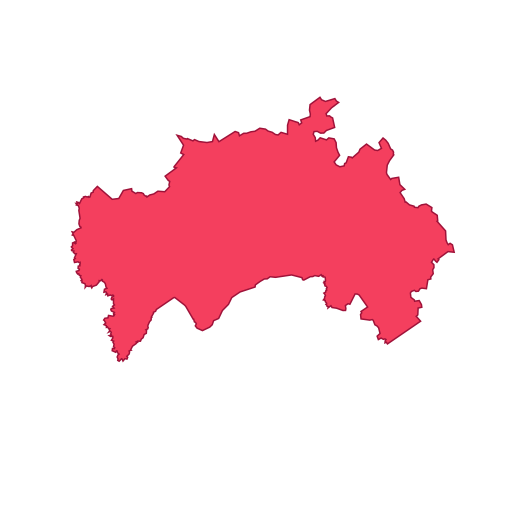 Embūtes pag., Vainodes, Latvia, rotated 146°
{"feature_id": "27541924B50643512275860", "entity_name": "Embūtes pag.", "entity_type": "district", "adm_level": 2, "iso_a3": "LVA", "parent_name": "Latvia", "parent_adm1": "Vainodes", "projection": "albers", "projection_center": [21.869, 56.513], "detail": "fine", "context": "isolated", "style": "filled", "palette": "rose", "viewbox_px": 512, "rotation_deg": 146, "n_neighbors": 0, "source": "geoboundaries", "source_scale": "gbopen_adm2", "svg_char_len": 6132}
<svg xmlns="http://www.w3.org/2000/svg" viewBox="0 0 512 512"><g transform="rotate(146 256 256)"><path d="M89.6,148.3L86.9,155.4L88.0,158.0L90.3,157.9L90.2,160.3L89.5,163.1L84.8,170.8L86.5,183.6L85.7,183.5L83.0,188.4L85.3,194.0L85.4,195.1L83.1,197.8L85.9,203.9L90.1,205.8L93.1,206.2L94.7,205.5L97.4,207.8L97.1,208.9L100.2,212.6L101.4,216.9L102.2,217.2L101.1,220.7L101.1,228.0L98.3,228.8L95.4,228.1L96.8,234.7L93.7,241.5L100.1,244.4L101.6,244.1L101.8,250.5L101.2,252.2L96.4,257.9L91.9,260.4L85.2,262.8L85.3,263.5L83.9,265.2L83.6,267.5L84.5,269.5L83.4,275.5L83.7,279.5L84.7,282.8L90.6,281.2L91.8,275.1L96.1,275.4L98.4,277.5L101.8,287.0L110.0,286.4L112.7,284.6L121.4,283.5L121.6,284.5L123.9,286.6L129.2,282.8L130.8,283.1L132.5,281.4L136.6,283.1L138.6,286.7L138.6,290.3L130.4,292.7L130.0,296.1L128.8,300.7L126.2,305.2L125.7,309.4L129.6,313.2L132.6,312.8L136.7,318.1L140.0,317.4L142.4,317.8L140.7,321.0L140.5,324.9L138.3,326.7L135.5,325.1L133.8,321.8L131.0,320.0L127.4,320.7L118.9,318.6L115.3,327.6L116.4,329.8L116.6,331.0L119.0,332.5L118.3,334.8L110.6,336.6L101.6,337.1L102.7,339.5L102.6,342.4L112.0,345.3L114.3,348.9L114.2,351.8L126.5,351.3L130.1,347.0L131.5,343.4L133.2,341.3L142.8,343.8L143.7,340.8L146.8,340.6L146.4,342.9L152.3,350.5L156.7,346.8L161.8,339.3L166.1,344.5L170.0,344.0L172.0,345.9L173.4,349.5L176.1,352.8L177.2,355.9L181.4,359.8L187.1,360.0L190.7,361.8L195.2,363.0L197.6,364.6L202.5,364.9L201.5,368.0L203.7,370.9L222.8,371.5L222.6,380.0L228.1,375.2L233.2,377.5L239.3,382.8L241.9,386.9L243.9,386.7L247.2,391.7L247.8,391.5L250.4,394.2L251.1,396.9L253.9,400.2L254.1,388.4L260.8,383.5L259.2,380.5L274.1,375.8L274.3,375.3L272.8,373.6L286.7,373.0L286.5,367.7L285.8,366.1L288.4,363.6L288.9,361.8L295.7,360.3L301.1,364.6L306.0,364.6L310.0,366.0L313.4,365.9L313.2,366.9L314.1,367.4L314.7,369.4L314.5,370.7L315.5,372.4L318.8,374.9L320.7,375.0L322.6,379.1L321.5,381.4L329.3,384.5L337.6,380.4L343.5,383.4L348.6,402.4L354.3,401.2L355.3,400.0L357.5,400.4L360.6,397.8L361.7,398.1L361.6,399.0L363.0,399.3L364.1,400.8L365.9,401.4L366.1,400.7L368.5,400.8L373.0,398.2L373.3,399.7L374.3,400.9L374.8,399.4L375.8,400.2L375.7,399.1L376.4,398.8L375.1,397.1L375.8,394.5L377.4,392.8L380.8,385.6L382.6,384.4L384.8,381.7L385.5,379.1L385.0,378.0L385.3,377.2L389.8,378.0L393.7,377.5L394.9,378.8L395.3,376.2L396.5,376.1L395.6,374.7L396.5,369.0L397.3,368.3L398.2,368.9L398.2,367.2L398.8,367.1L399.6,369.1L400.8,369.4L402.3,367.1L404.0,366.8L403.6,364.4L405.6,364.2L405.8,363.6L404.2,361.9L405.3,361.4L405.0,359.2L403.7,358.4L407.5,356.0L407.3,355.0L409.0,355.0L410.1,352.1L406.8,350.7L406.3,349.4L405.3,349.1L406.2,347.7L406.9,347.6L407.4,346.4L409.0,347.0L410.4,345.3L409.8,343.8L410.9,343.0L413.6,343.8L414.0,342.6L413.9,340.7L412.9,340.4L413.3,338.8L412.2,337.7L413.5,336.7L413.4,334.0L414.8,333.4L414.2,332.5L415.2,331.3L413.3,328.7L413.9,326.9L415.1,325.5L413.4,326.0L411.4,324.0L409.2,323.7L409.9,322.7L410.0,321.4L408.6,322.1L404.6,321.1L400.5,322.3L399.8,323.3L398.9,322.4L396.9,322.7L396.7,322.1L397.4,321.1L396.5,319.2L396.4,317.3L397.7,314.1L397.6,312.6L400.2,313.2L402.3,311.0L400.5,310.3L400.4,309.1L402.0,307.9L400.3,307.5L401.1,305.8L398.5,305.1L398.1,304.1L396.5,303.7L396.2,302.8L396.6,302.2L398.6,302.4L400.1,301.3L399.9,300.1L398.1,300.1L400.8,296.2L400.7,294.6L403.1,294.5L402.8,292.2L405.4,293.4L406.4,292.7L406.6,291.2L404.9,288.4L406.5,287.8L406.6,287.2L406.1,286.7L407.0,286.5L407.0,285.9L408.2,286.0L411.5,289.2L413.3,287.5L416.1,288.9L418.1,288.1L417.8,287.2L418.1,284.5L420.4,284.1L419.0,282.0L419.9,280.5L418.8,280.3L418.8,278.3L417.8,277.5L418.8,277.1L419.0,275.8L420.5,275.3L418.9,275.0L418.6,273.7L420.0,272.6L420.1,271.4L422.2,272.1L421.5,270.5L419.7,269.4L420.5,268.1L423.0,267.0L421.6,265.0L422.8,264.5L423.0,262.2L424.8,260.5L424.4,258.9L425.3,258.4L426.7,259.6L428.2,257.9L426.2,254.7L424.7,255.4L424.2,254.9L424.9,253.3L424.4,251.3L425.7,251.2L427.6,249.9L427.9,247.8L429.0,246.8L428.3,245.3L424.9,246.0L424.6,245.4L425.0,243.3L422.1,244.2L420.6,242.7L419.0,243.8L419.2,245.1L416.2,245.6L414.9,246.6L414.3,248.2L412.2,247.7L412.4,248.3L408.8,250.3L404.6,250.4L403.4,250.7L403.4,251.5L402.6,250.9L402.6,251.6L401.9,251.7L399.4,250.0L397.6,251.2L395.3,251.4L392.6,253.5L390.2,253.2L388.3,255.6L388.5,256.4L386.5,256.1L385.3,257.1L385.1,258.1L384.3,259.0L380.9,261.1L378.7,261.6L377.5,263.3L376.6,263.5L376.7,264.0L372.9,265.9L372.5,266.7L370.2,266.3L368.5,267.4L347.6,267.5L346.5,267.0L342.7,255.4L342.4,253.6L343.4,238.7L343.0,238.5L343.9,235.8L343.3,234.9L343.4,233.1L345.4,232.0L345.2,229.1L342.1,224.1L334.1,222.9L330.7,223.5L327.3,226.1L321.9,225.1L314.3,229.6L305.9,231.3L299.3,235.1L289.3,235.1L274.1,230.8L272.7,232.4L266.7,232.6L261.9,232.3L259.5,230.8L255.9,230.9L251.7,227.4L237.1,220.4L230.0,212.4L230.6,210.3L229.8,209.3L222.6,208.5L220.4,207.2L218.2,206.9L215.4,204.1L212.4,204.1L212.4,203.0L211.8,202.5L212.5,202.4L212.0,201.6L212.1,201.1L210.7,200.1L210.6,199.5L212.2,196.6L212.8,196.1L213.7,196.7L213.8,195.9L214.9,195.9L214.4,194.2L215.1,194.0L215.5,192.4L214.7,191.7L214.7,190.1L216.2,189.4L216.4,188.2L217.7,188.1L218.4,187.1L220.5,187.3L220.3,185.8L220.7,184.2L222.0,183.7L222.7,182.6L224.7,181.9L223.4,180.5L224.1,179.4L223.8,177.8L224.1,177.0L225.1,176.8L224.8,175.8L225.2,174.6L224.3,173.5L225.2,172.7L221.7,172.9L221.8,170.8L218.4,167.7L214.4,162.2L212.2,160.8L211.0,162.0L209.6,164.9L206.4,165.0L205.1,163.5L195.1,169.1L193.3,167.8L192.3,166.0L192.0,151.3L200.0,151.3L200.2,149.7L202.0,149.1L204.1,145.1L197.5,139.2L195.2,138.3L194.8,137.1L195.9,132.5L194.8,130.3L194.5,127.9L196.5,122.4L200.4,121.8L201.3,118.3L198.2,118.0L197.0,115.7L195.5,115.2L194.9,114.1L196.4,113.4L197.6,111.9L196.2,111.7L196.2,109.6L156.0,109.9L156.9,116.4L154.8,116.7L150.7,122.2L147.2,120.8L146.0,123.2L145.6,127.8L149.8,129.8L149.3,131.0L150.7,135.1L148.7,139.0L147.0,139.7L143.9,139.0L143.3,137.2L141.0,136.0L138.3,137.2L136.4,136.6L133.0,133.6L126.8,140.2L123.9,139.2L122.9,140.9L119.0,142.2L117.2,145.8L115.0,146.8L113.4,149.3L114.0,152.7L110.5,154.2L110.1,153.8L110.0,151.4L109.5,149.6L106.4,150.7L106.3,151.3L106.6,151.8L94.4,152.3L89.6,148.3Z" fill="#f43f5e" stroke="#9f1239" stroke-width="1.5"/></g></svg>